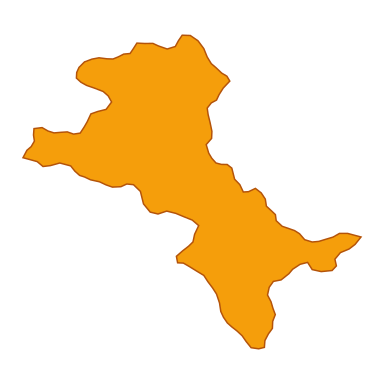 Bela Vista de Minas, Minas Gerais, Brazil (Mercator projection)
{"feature_id": "56859067B3300514991287", "entity_name": "Bela Vista de Minas", "entity_type": "district", "adm_level": 2, "iso_a3": "BRA", "parent_name": "Brazil", "parent_adm1": "Minas Gerais", "projection": "mercator", "projection_center": [-43.103, -19.806], "detail": "fine", "context": "isolated", "style": "filled", "palette": "amber", "viewbox_px": 384, "rotation_deg": 0, "n_neighbors": 0, "source": "geoboundaries", "source_scale": "gbopen_adm2", "svg_char_len": 2039}
<svg xmlns="http://www.w3.org/2000/svg" viewBox="0 0 384 384"><path d="M361.0,237.0L347.6,233.4L339.5,233.4L333.0,237.1L326.0,239.2L318.8,241.4L312.2,242.0L304.7,239.7L299.5,233.7L294.6,230.6L289.2,228.7L282.2,226.3L276.2,220.7L275.4,214.6L271.3,210.7L266.4,206.2L265.3,199.1L261.2,192.9L255.4,188.4L248.5,191.7L243.3,192.0L239.8,184.6L234.6,179.2L231.8,168.1L227.2,164.5L221.4,164.4L216.0,163.0L211.8,158.3L208.7,153.1L206.2,144.6L211.6,138.4L211.9,131.3L210.1,122.7L208.1,114.5L207.2,108.1L211.3,102.9L216.5,100.1L219.1,94.6L223.2,88.1L229.8,81.1L226.9,76.2L221.7,73.1L215.9,67.6L211.3,63.7L207.2,57.0L203.8,48.6L198.0,40.8L190.3,35.5L182.2,35.2L178.5,40.6L175.3,46.5L167.2,49.0L158.3,45.9L152.9,43.4L144.8,43.5L136.9,43.1L133.4,48.6L130.1,53.5L123.7,54.1L118.2,56.9L113.0,59.0L107.0,58.8L99.0,57.8L92.0,59.1L84.5,61.9L79.0,67.4L76.7,72.5L76.4,78.1L81.0,82.3L86.6,85.4L94.4,88.1L103.2,91.5L108.2,95.9L111.6,102.0L106.1,109.4L97.7,111.5L90.9,113.9L87.2,121.8L84.2,127.0L80.2,133.1L73.6,134.1L67.3,131.9L61.1,132.3L54.0,132.9L48.0,131.0L42.1,127.6L34.0,128.6L33.5,135.0L34.4,141.1L31.2,146.6L26.9,150.3L23.0,157.7L31.8,160.1L37.2,161.6L43.0,166.5L50.4,165.6L59.8,163.0L70.7,165.9L74.9,171.2L79.6,175.4L84.6,177.0L90.5,179.8L99.5,181.8L106.1,184.9L112.4,187.1L120.9,186.7L126.8,184.0L133.5,184.7L140.4,191.4L143.5,203.9L150.2,212.1L158.0,214.0L166.7,211.1L175.9,213.4L184.8,217.1L192.3,220.1L198.7,225.6L194.6,234.3L193.0,241.9L188.6,246.2L182.7,250.8L176.4,256.3L177.6,262.8L183.4,263.1L188.6,266.1L196.7,271.1L203.8,275.4L207.9,281.7L212.5,287.8L216.5,294.0L219.5,302.9L220.8,311.5L223.5,317.3L227.4,323.0L231.8,326.9L236.8,330.8L242.1,335.7L246.2,341.6L251.1,347.7L258.7,348.8L264.4,347.4L264.9,340.6L268.4,333.9L272.4,328.4L272.7,321.3L275.3,314.6L273.0,308.5L271.0,301.7L267.5,295.0L269.2,287.3L273.4,281.4L281.1,279.9L288.9,273.7L292.7,269.2L300.1,264.3L307.6,262.4L312.2,269.6L321.2,271.6L332.1,270.5L336.4,265.9L334.9,259.2L340.4,252.6L349.1,249.0L355.1,244.4L361.0,237.0Z" fill="#f59e0b" stroke="#b45309" stroke-width="1.5"/></svg>